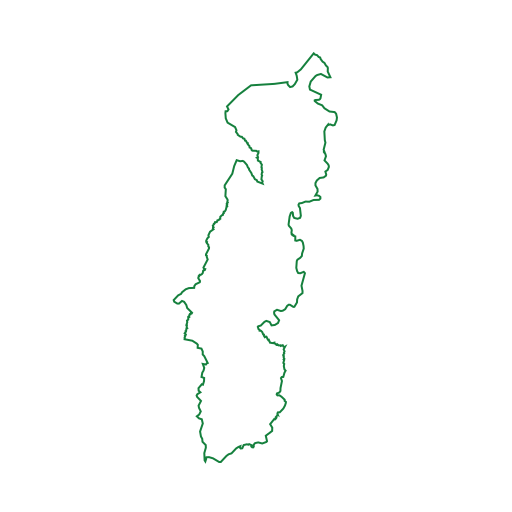 Kumbungu, Northern, Ghana (Natural Earth projection), rotated 22°
{"feature_id": "2480657B99246651758289", "entity_name": "Kumbungu", "entity_type": "district", "adm_level": 2, "iso_a3": "GHA", "parent_name": "Ghana", "parent_adm1": "Northern", "projection": "natural_earth1", "projection_center": [-1.057, 9.798], "detail": "fine", "context": "isolated", "style": "outline", "palette": "green", "viewbox_px": 512, "rotation_deg": 22, "n_neighbors": 0, "source": "geoboundaries", "source_scale": "gbopen_adm2", "svg_char_len": 6106}
<svg xmlns="http://www.w3.org/2000/svg" viewBox="0 0 512 512"><g transform="rotate(22 256 256)"><path d="M204.1,260.4L204.5,261.5L205.4,261.4L205.6,262.5L207.6,263.5L208.2,265.0L209.2,265.5L209.6,266.7L209.0,273.1L209.3,274.0L210.3,274.2L210.6,275.2L212.5,277.3L211.6,286.4L212.7,287.4L213.8,287.2L213.8,288.2L212.5,289.4L213.0,291.7L212.6,293.1L211.7,294.3L210.9,294.4L210.4,295.7L210.9,296.2L210.5,297.2L210.8,298.2L213.5,300.2L213.7,301.4L210.6,304.8L210.1,307.0L210.6,308.7L205.8,310.9L203.3,313.2L201.0,317.3L200.7,319.2L198.6,321.6L196.2,327.7L197.3,329.0L200.8,329.6L202.4,329.0L204.2,325.4L206.5,325.4L209.7,327.5L211.7,330.0L218.0,332.6L217.9,333.3L217.0,333.6L217.1,334.4L216.4,334.6L216.3,335.7L216.7,336.4L216.1,337.4L216.8,337.8L216.2,338.4L217.0,340.3L216.2,341.7L217.1,343.2L217.3,346.1L217.9,346.1L218.4,348.1L219.3,348.7L218.7,349.6L219.3,351.8L218.9,352.1L219.3,352.7L218.8,354.4L220.3,355.0L220.0,356.4L220.4,356.4L220.4,358.8L221.1,359.3L221.1,359.9L228.7,358.4L233.9,359.4L235.3,360.1L236.3,363.0L240.1,362.3L242.4,364.5L243.5,367.3L245.5,368.2L251.3,373.3L250.5,374.1L250.2,375.4L247.1,376.0L249.9,379.1L250.3,381.9L249.9,384.2L250.8,388.6L253.6,388.5L254.7,391.5L255.0,395.2L253.8,395.2L252.2,400.1L253.3,402.4L255.5,403.2L253.4,406.1L253.2,407.6L254.2,408.7L259.3,411.0L258.8,416.2L260.0,418.1L263.0,420.8L262.7,424.3L261.2,426.8L264.0,427.9L266.9,427.7L269.4,431.2L269.9,439.7L272.6,444.0L274.6,445.6L276.0,448.3L280.2,450.1L281.3,452.5L281.9,458.1L284.9,464.7L286.0,465.5L285.8,462.8L285.2,461.8L285.4,461.2L287.8,460.1L291.9,459.7L299.0,460.8L300.5,460.2L303.5,452.4L304.9,450.1L307.2,448.2L309.7,441.8L311.2,439.7L312.7,438.2L312.9,439.7L314.0,440.2L315.3,439.4L315.4,435.9L318.1,434.0L319.7,433.8L320.1,433.0L322.8,433.1L323.0,434.4L324.2,434.8L325.2,434.4L325.2,433.1L324.5,432.6L325.0,430.2L325.7,429.5L327.9,428.0L332.0,427.5L335.3,424.5L335.6,423.6L332.4,419.0L336.5,412.2L335.4,409.1L332.1,406.6L334.0,400.3L334.8,400.4L335.4,399.1L335.5,398.3L334.7,398.0L335.5,395.7L335.2,394.8L335.6,394.9L334.9,394.1L334.9,392.8L336.6,392.0L338.5,387.2L338.9,383.7L338.7,381.1L338.4,380.1L336.8,379.6L336.4,378.5L332.3,376.9L329.9,376.4L328.1,377.2L327.1,376.7L326.9,375.6L328.8,373.8L329.2,372.0L328.2,369.3L326.9,362.2L324.9,359.9L325.2,358.6L326.6,357.9L326.1,353.5L326.4,351.2L324.9,350.5L323.0,347.6L322.6,345.5L321.4,344.9L321.1,342.0L320.4,341.6L320.8,340.7L319.7,339.8L319.3,338.3L318.6,338.2L318.3,337.5L318.7,335.8L318.1,335.2L318.2,333.7L316.6,332.2L316.9,329.2L316.5,329.7L315.4,329.7L314.2,328.7L312.7,330.1L312.2,329.6L310.7,330.4L309.2,330.0L309.3,330.5L308.3,330.8L307.0,330.1L305.6,330.2L305.4,329.5L303.9,330.6L301.4,331.1L300.4,329.9L299.5,329.7L299.2,328.8L298.3,329.1L295.9,326.9L295.4,326.9L294.6,328.0L293.1,326.9L292.8,325.9L291.9,325.9L290.3,324.2L288.7,323.5L287.3,323.9L287.0,323.1L285.8,322.9L284.2,321.0L284.4,320.3L286.5,318.7L288.5,313.9L289.9,312.3L293.5,312.1L296.4,314.5L299.3,312.9L301.5,309.9L301.5,306.9L295.0,303.3L294.1,302.0L293.7,300.5L295.6,298.0L299.7,297.7L301.3,296.7L303.0,294.4L303.6,290.5L304.6,288.9L305.8,288.5L309.7,289.2L310.6,288.7L311.4,283.7L310.4,280.8L310.3,277.6L313.0,273.0L312.3,271.1L309.3,266.5L307.8,253.6L306.2,252.8L303.5,255.4L301.5,256.0L299.7,254.5L297.8,251.9L295.7,245.4L295.8,243.9L297.7,241.1L298.5,238.8L297.8,236.4L297.5,231.3L296.4,229.0L294.4,226.0L292.9,224.8L290.7,224.5L288.0,226.7L286.6,226.9L285.1,223.1L282.8,223.3L284.1,222.7L282.1,223.1L280.9,222.5L280.4,221.8L281.7,222.7L283.2,222.7L281.0,222.1L280.1,221.1L279.5,218.7L278.4,217.3L275.1,215.6L274.4,214.6L272.4,206.8L272.2,203.0L273.1,201.8L273.9,202.1L275.4,205.0L277.2,206.4L280.6,205.9L282.6,204.1L282.5,201.9L278.8,195.1L276.8,193.6L276.2,192.5L276.4,191.0L278.7,189.7L281.5,187.0L285.1,185.7L288.4,182.5L293.4,180.3L294.2,178.7L293.6,177.2L292.0,176.6L289.9,176.8L288.4,177.7L289.0,173.2L287.9,170.8L284.7,168.3L283.8,166.1L284.1,163.2L285.8,159.8L289.3,157.8L290.8,155.3L290.6,154.2L288.7,151.7L290.2,149.4L290.2,146.1L289.4,144.7L287.9,143.6L283.7,141.7L283.5,137.3L282.2,135.5L280.0,134.2L279.6,133.2L281.4,134.8L278.9,132.1L277.9,124.9L276.4,122.8L272.7,114.9L272.5,110.8L273.6,107.1L273.9,107.5L275.4,106.2L278.4,106.1L279.8,105.1L279.9,100.0L279.2,97.3L277.0,94.1L275.0,93.1L270.0,94.5L264.1,93.4L260.9,91.5L256.2,91.5L252.4,90.3L252.1,89.7L252.5,89.2L255.8,87.6L256.5,86.7L256.7,85.6L256.0,82.1L243.7,81.5L241.9,78.8L241.4,73.7L243.8,66.8L244.9,65.3L248.0,62.9L255.4,63.7L258.0,62.4L253.4,58.1L252.2,54.8L251.4,53.9L249.5,53.2L247.1,51.3L245.0,50.9L242.2,49.2L241.1,47.9L239.6,48.0L237.4,46.9L235.3,47.2L233.6,46.5L227.7,66.1L225.4,70.3L224.1,71.2L226.2,73.6L228.3,77.1L227.6,82.1L226.4,85.1L224.3,86.6L221.8,85.5L220.6,84.4L220.1,83.0L208.6,89.5L187.5,99.6L179.3,113.3L173.1,128.2L175.6,130.4L175.2,132.5L173.6,133.2L174.1,135.0L176.4,139.7L179.7,143.0L188.3,144.3L190.8,146.8L190.9,148.4L193.3,149.8L193.7,150.5L196.8,151.2L198.3,150.8L199.9,151.8L201.3,151.6L202.6,153.1L203.4,152.9L205.5,154.6L206.2,154.5L206.5,155.5L208.7,156.5L209.4,157.8L211.1,157.9L212.4,159.5L213.2,159.7L216.8,158.4L218.0,158.7L219.1,158.0L219.7,159.5L219.5,162.0L220.8,163.6L220.1,164.5L221.0,164.6L222.0,166.8L225.1,167.1L225.3,167.9L227.2,169.1L227.8,171.7L228.5,172.2L228.7,173.4L230.6,175.8L230.3,176.5L230.7,178.4L231.6,179.2L231.5,179.9L232.3,182.9L234.2,184.2L234.2,185.6L235.0,186.4L229.3,186.5L228.4,185.4L226.2,185.2L223.6,183.0L222.4,182.8L220.6,180.8L217.2,178.5L216.8,177.6L215.3,176.9L213.5,175.0L209.6,173.0L208.1,172.8L205.8,174.1L202.2,174.4L202.1,180.8L203.2,188.6L200.5,202.2L201.3,204.3L203.0,205.4L205.2,212.0L208.4,214.3L208.9,215.1L209.2,216.9L209.7,217.0L209.3,218.3L209.9,218.6L210.1,219.4L209.7,219.5L210.1,221.0L210.6,221.1L210.3,221.7L210.7,224.5L210.4,226.3L209.5,227.0L210.1,228.4L209.6,228.8L209.9,230.4L209.1,231.0L208.2,233.0L208.9,234.8L208.4,235.1L208.5,235.8L207.6,237.0L206.9,237.3L206.9,239.3L205.3,240.0L205.5,241.0L204.9,241.8L205.2,242.1L204.6,244.0L205.8,245.2L205.4,245.5L205.7,246.6L206.6,247.1L204.3,250.7L204.1,254.6L205.1,256.0L204.3,257.8L204.1,260.4Z" fill="none" stroke="#15803d" stroke-width="2"/></g></svg>